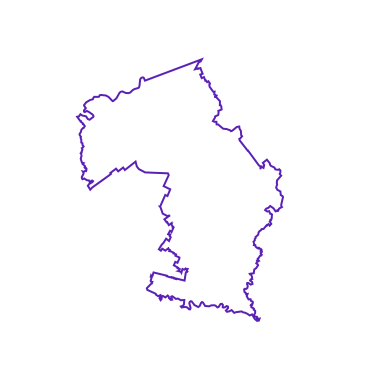 outline of Playa Vicente, Veracruz, Mexico, rotated 45°
{"feature_id": "50627088B74539459356287", "entity_name": "Playa Vicente", "entity_type": "district", "adm_level": 2, "iso_a3": "MEX", "parent_name": "Mexico", "parent_adm1": "Veracruz", "projection": "mercator", "projection_center": [-95.61, 17.758], "detail": "fine", "context": "isolated", "style": "outline", "palette": "violet", "viewbox_px": 384, "rotation_deg": 45, "n_neighbors": 0, "source": "geoboundaries", "source_scale": "gbopen_adm2", "svg_char_len": 6065}
<svg xmlns="http://www.w3.org/2000/svg" viewBox="0 0 384 384"><g transform="rotate(45 192 192)"><path d="M329.3,233.8L328.0,235.9L327.3,235.6L326.9,234.5L326.2,234.3L324.9,235.4L323.8,235.5L322.7,234.8L322.3,233.0L320.6,231.3L318.8,231.6L318.4,230.8L317.7,230.7L315.5,231.5L314.9,230.8L313.6,230.6L313.5,230.1L314.4,229.6L314.4,229.1L313.6,228.5L313.5,227.4L312.4,226.6L310.8,227.3L309.2,226.4L308.0,227.9L306.8,227.7L304.3,226.9L303.4,224.8L302.5,226.0L301.3,225.3L300.1,225.7L297.7,224.0L297.9,223.0L298.9,222.1L299.0,220.8L298.0,219.1L296.0,218.2L295.4,217.2L296.2,216.5L299.1,215.9L299.8,214.2L298.0,213.1L295.7,213.5L295.3,212.4L296.1,210.9L295.3,210.6L294.6,209.6L292.1,208.6L291.3,209.2L290.7,209.0L293.1,205.8L290.8,202.7L291.2,200.6L290.5,197.0L289.5,196.7L287.9,197.0L287.4,195.5L287.8,194.5L286.9,194.4L287.7,193.3L285.8,193.1L285.6,192.7L285.8,191.5L285.2,189.2L285.9,187.8L285.6,187.0L284.2,187.1L283.6,186.4L283.8,185.0L283.4,184.6L282.9,185.2L282.2,185.2L281.8,183.6L280.6,183.6L279.7,184.5L278.8,184.1L278.0,184.9L278.2,185.3L277.1,185.6L275.4,185.6L274.3,184.8L273.3,185.7L272.9,184.9L270.7,183.7L270.6,181.8L269.7,181.0L269.5,179.5L268.8,179.0L269.0,175.4L267.7,173.5L267.4,172.2L267.8,170.0L267.4,169.1L268.7,167.6L268.3,162.9L268.7,163.0L268.8,160.6L270.7,160.9L270.6,158.5L267.9,157.9L267.9,156.5L267.2,156.4L267.3,154.7L264.4,151.3L263.3,151.5L262.8,152.1L260.1,151.0L259.0,152.6L256.5,153.1L256.2,151.4L257.2,149.1L257.2,146.6L261.3,145.9L264.8,146.6L265.9,144.9L265.5,144.5L266.1,144.3L265.3,142.2L266.2,139.0L265.4,138.9L264.3,138.2L259.9,131.2L258.9,130.9L257.0,131.4L254.1,129.1L250.8,130.1L248.4,129.4L246.8,126.4L245.6,125.7L243.9,123.6L243.5,117.4L241.2,117.2L240.7,115.8L239.3,114.3L237.7,114.2L237.3,115.4L234.9,117.1L233.0,116.4L229.4,117.7L227.8,117.5L226.8,116.7L222.1,116.2L221.5,121.2L224.0,121.9L225.5,124.4L223.9,124.8L223.7,126.1L223.1,125.3L222.9,126.1L222.2,125.4L220.5,125.9L202.3,123.1L202.2,123.4L189.2,121.8L187.9,121.0L188.2,120.0L188.0,117.2L186.7,117.1L183.3,114.2L181.0,113.7L179.1,112.3L177.7,114.3L177.1,120.3L176.5,121.5L175.3,121.4L172.0,123.0L169.3,125.2L162.7,125.8L161.6,126.8L159.6,125.1L158.2,126.5L156.7,127.1L155.6,123.0L154.9,122.2L156.1,119.1L154.8,117.2L153.3,116.0L154.6,112.7L152.2,110.8L150.8,110.4L150.3,110.9L147.5,108.0L142.0,107.8L140.6,109.1L141.5,107.3L141.2,106.4L138.8,107.3L137.0,105.1L136.4,106.0L135.5,106.0L129.9,105.1L128.1,103.6L128.2,102.8L127.6,102.5L125.3,102.1L125.0,103.6L122.7,103.3L122.6,103.8L119.2,102.3L118.3,104.6L114.8,103.1L115.9,100.9L110.3,98.4L109.2,100.6L108.8,100.4L107.4,103.0L105.1,95.6L105.8,93.4L105.1,91.2L80.0,146.5L77.3,145.4L76.5,145.5L75.7,146.4L75.4,147.9L75.9,149.3L79.6,153.8L80.5,155.4L80.5,156.3L78.5,160.0L78.0,162.0L78.0,165.3L77.2,167.0L75.2,168.8L71.7,170.1L70.7,171.6L70.6,173.1L72.3,179.1L72.0,183.3L71.6,183.9L65.7,183.8L62.8,184.7L59.1,187.7L58.4,188.7L58.8,190.7L55.6,193.8L55.6,194.8L56.3,196.6L54.9,199.0L53.8,203.2L54.2,206.8L54.8,207.3L57.6,207.8L57.9,210.5L58.8,211.5L59.7,211.2L60.3,209.1L62.4,208.3L67.2,207.5L68.7,208.0L69.1,208.5L68.5,213.3L66.6,214.1L63.7,213.4L59.9,215.7L58.1,215.9L58.6,218.3L57.6,220.0L63.3,220.9L63.5,220.5L64.2,220.9L65.9,220.6L66.8,220.7L67.0,221.2L67.8,220.9L69.6,221.2L70.1,223.3L69.7,223.9L69.8,226.2L71.1,228.4L71.4,230.3L72.2,231.1L74.5,231.5L74.8,232.4L76.9,233.4L78.7,235.3L80.0,235.0L81.6,236.3L83.1,236.4L83.4,238.2L83.1,238.9L84.7,239.7L85.2,241.3L85.8,241.6L85.9,243.3L86.7,243.3L88.4,244.7L89.8,247.2L93.5,249.1L95.0,248.2L95.1,249.5L98.3,249.4L98.8,250.7L99.8,250.6L100.3,250.0L101.1,250.2L102.3,252.0L101.5,252.4L101.4,254.1L100.3,254.7L101.4,255.0L102.4,255.8L103.5,259.4L104.8,260.3L105.6,260.3L106.2,258.7L109.3,258.0L111.0,256.7L112.3,257.2L112.9,256.2L112.9,255.1L113.5,254.4L114.4,254.3L114.6,255.5L113.6,258.8L113.9,261.2L118.4,262.3L118.3,259.3L121.7,238.4L121.9,236.5L120.8,236.3L121.8,229.2L125.2,229.6L126.0,223.4L129.0,223.9L130.6,210.4L134.8,212.9L137.4,213.3L138.6,213.3L145.0,211.3L161.8,195.8L163.6,196.5L167.8,207.9L174.7,205.5L177.5,212.2L175.2,213.0L179.7,224.6L179.4,225.0L180.6,225.1L186.6,228.0L192.2,226.2L192.3,225.1L193.3,224.2L192.8,225.0L191.8,230.8L195.6,231.4L195.8,230.8L199.0,231.8L199.4,229.4L199.6,229.8L200.1,228.9L200.4,229.6L201.9,229.8L203.3,230.7L203.5,229.9L203.9,229.9L205.8,234.7L203.9,235.0L205.0,238.8L206.0,238.4L206.7,237.4L207.3,238.9L208.9,239.0L210.4,242.9L206.7,243.3L207.8,248.1L207.8,250.7L209.1,255.9L211.5,255.5L211.1,253.1L214.6,252.3L215.1,248.5L216.6,249.1L217.4,248.7L217.8,249.8L219.8,248.6L222.2,247.9L222.4,248.5L224.8,247.4L225.3,248.8L229.4,247.2L230.0,247.8L231.8,252.3L229.6,253.2L231.0,256.7L235.6,255.4L235.8,256.1L237.9,255.2L238.5,256.9L238.2,257.6L240.5,256.3L241.6,256.6L239.7,253.2L241.4,252.5L241.6,250.7L242.1,250.9L243.3,249.6L244.0,251.4L245.0,251.5L245.0,252.2L244.4,252.5L244.9,253.8L249.4,259.9L242.1,264.3L242.4,264.8L240.3,265.9L240.0,265.3L237.8,266.6L238.1,267.0L233.8,269.4L233.5,268.9L221.7,276.1L223.4,279.3L223.2,280.3L222.1,280.0L222.7,281.1L223.7,280.6L225.7,284.2L226.6,284.3L227.5,283.6L228.1,284.7L227.4,284.9L228.0,285.0L228.1,292.0L229.6,292.8L238.3,289.6L239.2,290.1L241.7,289.6L242.6,287.3L243.8,288.5L244.1,290.1L246.3,290.7L246.2,289.4L244.4,286.8L245.1,286.0L247.7,285.4L248.0,282.4L249.4,282.4L250.8,283.3L253.2,283.3L254.1,282.2L251.4,281.0L251.3,280.4L251.8,279.6L256.2,279.0L257.4,277.3L260.7,276.4L262.9,273.8L265.8,277.2L266.0,278.8L265.1,280.8L266.3,281.0L268.0,278.6L269.3,277.5L270.5,277.0L272.8,277.0L273.6,276.4L273.0,275.0L268.8,272.6L268.1,271.3L268.4,270.0L269.3,269.6L273.7,270.2L277.8,268.9L278.0,267.0L276.8,264.0L276.9,262.7L277.8,262.4L281.9,263.3L284.9,260.8L285.8,258.5L287.9,256.3L289.0,255.7L291.6,255.6L292.1,254.5L291.4,251.1L292.2,249.9L293.7,250.0L295.0,251.7L295.7,251.7L296.7,250.5L297.2,248.1L298.5,247.6L299.6,248.7L299.8,251.9L301.4,252.0L302.7,250.1L303.5,247.5L307.3,247.6L308.2,245.7L311.6,241.3L313.2,241.0L314.9,239.8L317.6,238.9L320.1,238.5L321.0,236.1L326.3,237.4L329.1,237.1L330.2,235.7L329.3,233.8Z" fill="none" stroke="#5b21b6" stroke-width="2"/></g></svg>